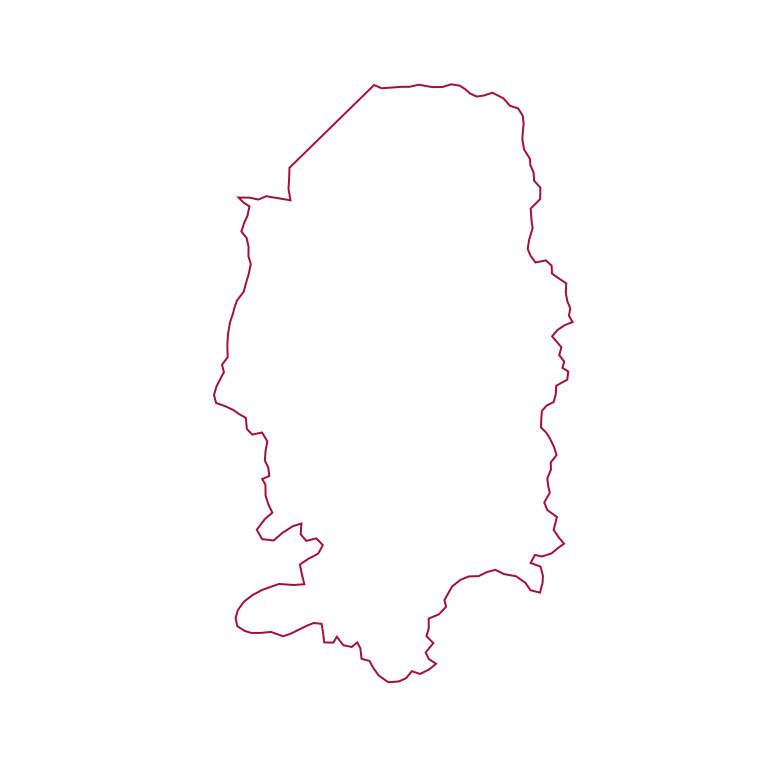 outline of Ibirapuitã, Rio Grande do Sul, Brazil, rotated 253°
{"feature_id": "56859067B64414910507042", "entity_name": "Ibirapuitã", "entity_type": "district", "adm_level": 2, "iso_a3": "BRA", "parent_name": "Brazil", "parent_adm1": "Rio Grande do Sul", "projection": "mercator", "projection_center": [-52.464, -28.617], "detail": "fine", "context": "isolated", "style": "outline", "palette": "rose", "viewbox_px": 768, "rotation_deg": 253, "n_neighbors": 0, "source": "geoboundaries", "source_scale": "gbopen_adm2", "svg_char_len": 2681}
<svg xmlns="http://www.w3.org/2000/svg" viewBox="0 0 768 768"><g transform="rotate(253 384 384)"><path d="M507.1,268.1L501.1,263.5L495.4,260.1L487.9,254.7L477.1,249.3L466.6,245.4L455.3,242.3L449.8,234.7L442.1,234.4L437.1,229.3L430.9,223.3L423.2,218.2L414.9,217.9L409.1,225.8L403.1,232.4L398.0,236.3L391.9,242.0L381.2,239.7L374.1,243.2L373.3,253.2L363.2,255.7L354.5,251.1L345.7,247.7L338.0,248.9L329.6,247.4L328.7,239.7L322.5,241.2L311.7,238.1L302.9,238.2L293.6,239.6L289.6,230.5L281.8,219.7L271.3,222.1L266.6,232.7L271.3,243.2L274.7,255.4L274.7,264.2L264.6,260.4L256.7,263.8L256.2,274.1L247.7,278.4L241.0,271.4L238.9,260.4L236.0,250.8L225.8,249.8L215.8,249.3L218.2,238.8L223.5,225.1L222.7,207.0L220.5,196.4L216.8,186.4L210.4,178.0L203.6,173.7L195.4,172.9L188.8,178.3L184.8,184.2L182.1,193.0L180.0,203.3L172.2,213.9L172.6,222.4L173.9,230.2L175.4,239.6L176.0,246.9L172.9,254.2L163.6,253.0L154.4,251.2L151.5,259.9L156.1,265.0L146.1,268.7L142.0,276.2L144.7,282.9L138.0,284.1L127.8,282.2L123.4,289.2L115.6,290.7L106.6,293.8L97.5,301.0L95.2,311.3L96.2,319.1L101.2,326.7L96.2,333.6L97.8,343.6L101.2,352.0L107.6,346.6L115.0,345.3L121.8,355.4L130.5,350.9L137.3,355.4L146.6,358.1L147.7,369.3L152.8,378.2L159.7,378.6L170.5,390.0L174.3,399.7L175.2,408.8L172.6,418.4L174.1,427.7L173.7,436.2L167.2,443.1L161.5,454.1L152.4,461.2L144.0,463.7L138.9,472.2L147.7,477.6L154.1,479.9L163.6,480.3L170.0,471.9L176.4,478.4L172.9,484.5L173.0,494.8L176.3,502.4L178.6,509.5L186.1,506.3L194.9,503.6L206.3,510.5L215.7,503.3L223.8,502.6L231.5,510.7L239.3,511.3L246.1,512.6L253.5,518.7L260.3,520.5L265.5,528.2L273.9,528.2L283.1,526.8L290.2,524.9L296.5,521.4L306.0,524.7L312.0,527.1L315.8,533.0L317.1,540.9L323.6,545.1L332.0,548.2L334.6,560.5L342.1,563.9L347.2,559.4L352.8,562.9L360.3,560.0L367.3,564.4L374.1,561.4L380.5,558.7L384.9,565.6L387.5,574.3L388.1,582.5L395.2,580.8L402.0,584.3L409.1,583.5L417.8,584.4L427.0,587.7L432.6,583.1L440.5,576.9L448.1,578.9L454.9,575.0L455.9,564.4L463.6,561.7L471.1,560.9L479.2,564.8L489.6,571.7L496.7,572.8L508.8,575.5L515.2,587.4L526.0,590.9L534.5,587.0L542.8,588.9L550.5,587.9L556.7,589.4L567.4,586.5L577.9,587.9L584.2,590.4L592.0,593.6L600.1,595.1L608.3,592.8L613.2,585.8L622.3,581.7L630.8,572.9L630.7,563.6L631.8,556.6L636.7,551.2L642.3,547.8L647.2,543.6L651.0,535.7L650.9,526.7L653.9,516.8L660.0,504.8L660.8,495.0L663.1,487.6L665.1,478.7L667.5,468.3L672.8,461.9L618.4,356.8L609.8,353.9L598.4,349.7L587.0,348.3L598.0,326.3L597.1,317.9L601.7,309.5L604.8,299.5L598.1,303.0L593.3,307.3L584.9,302.7L578.6,297.1L571.5,292.2L563.8,295.3L554.7,294.6L545.8,291.7L537.8,291.7L528.7,286.8L520.2,281.1L513.2,276.8L507.1,268.1Z" fill="none" stroke="#9f1239" stroke-width="2"/></g></svg>